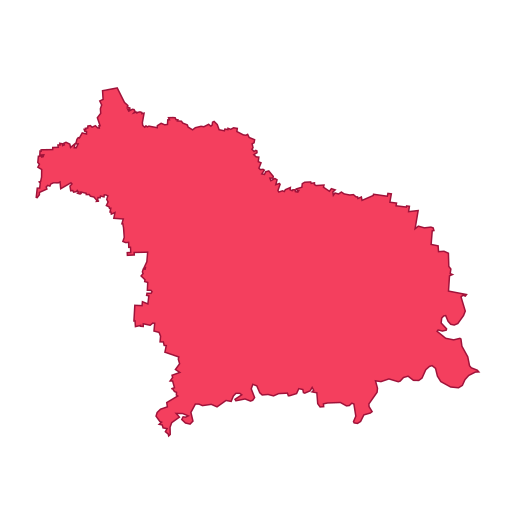 Santiago Tuxtla, Veracruz, Mexico (Robinson projection), rotated 267°
{"feature_id": "50627088B55545748869449", "entity_name": "Santiago Tuxtla", "entity_type": "district", "adm_level": 2, "iso_a3": "MEX", "parent_name": "Mexico", "parent_adm1": "Veracruz", "projection": "robinson", "projection_center": [-95.381, 18.405], "detail": "fine", "context": "isolated", "style": "filled", "palette": "rose", "viewbox_px": 512, "rotation_deg": 267, "n_neighbors": 0, "source": "geoboundaries", "source_scale": "gbopen_adm2", "svg_char_len": 6022}
<svg xmlns="http://www.w3.org/2000/svg" viewBox="0 0 512 512"><g transform="rotate(267 256 256)"><path d="M127.8,164.4L128.0,165.6L124.9,167.5L124.0,169.5L121.3,169.2L120.3,170.5L114.3,159.2L110.0,159.6L108.0,152.6L104.9,149.1L101.3,147.8L95.8,151.3L95.0,153.0L93.0,150.5L92.2,153.5L89.2,154.2L88.3,158.2L85.3,156.3L82.8,159.0L80.9,159.4L82.3,161.0L89.5,161.2L94.0,163.1L99.1,171.1L103.0,168.0L102.5,174.6L99.9,180.0L98.7,177.1L99.2,174.8L96.6,173.3L92.9,176.8L91.6,181.4L94.4,184.4L103.2,182.8L111.3,187.7L111.1,191.3L109.4,194.7L110.2,203.6L107.4,209.2L113.3,218.5L112.1,223.6L117.4,226.1L119.9,228.7L119.7,232.7L118.1,234.5L114.0,227.5L112.5,228.3L113.8,237.6L111.4,242.9L112.1,245.2L114.7,247.2L123.6,244.3L128.0,246.1L126.3,250.0L119.2,252.6L116.9,254.9L117.1,260.8L115.4,266.2L117.4,271.4L117.4,280.2L114.7,281.0L114.7,282.2L116.5,289.3L121.3,291.8L120.2,295.8L117.1,296.2L116.5,297.5L118.5,303.0L121.8,305.2L118.9,306.6L117.4,304.9L116.2,309.6L105.3,309.9L101.9,312.1L102.0,315.7L104.8,315.6L105.5,319.7L105.3,332.6L101.6,338.5L101.8,341.4L104.0,344.0L103.1,346.0L90.8,347.3L85.5,344.7L84.2,345.3L83.5,348.6L85.3,351.8L91.7,355.4L93.2,361.9L94.5,363.8L99.7,361.0L102.4,361.0L113.6,369.8L117.5,370.4L125.1,368.8L124.0,374.2L126.3,382.3L123.0,391.5L123.5,393.4L127.0,397.0L128.0,401.6L123.6,406.7L123.2,412.0L125.4,415.4L133.6,419.6L136.7,423.5L137.3,426.1L134.4,429.4L126.5,430.9L120.9,434.0L115.0,443.5L113.8,451.3L116.0,455.3L121.6,458.2L125.6,462.2L128.6,469.0L128.6,472.4L130.4,471.0L133.1,465.1L135.2,463.5L144.2,462.2L155.1,456.9L162.4,456.3L163.1,455.3L161.9,449.0L163.9,441.1L171.3,432.9L172.6,434.0L171.3,438.2L172.0,442.1L173.3,442.5L179.4,437.4L184.3,438.2L186.3,440.3L186.6,442.3L180.7,444.4L177.6,446.9L176.7,450.3L178.0,454.0L185.6,460.1L190.0,462.1L204.4,458.6L206.0,460.6L205.0,462.9L206.5,464.2L210.9,446.4L226.1,448.2L227.2,451.2L228.3,449.0L232.8,449.9L235.5,448.0L248.7,448.3L250.9,444.0L250.8,438.5L256.6,438.4L258.4,431.5L271.9,433.3L272.1,435.0L274.8,434.4L275.7,432.2L275.3,425.6L277.3,419.7L274.9,416.3L292.9,420.3L292.3,410.7L297.6,411.8L298.1,409.0L297.0,408.7L298.8,398.5L301.5,399.1L302.7,392.5L311.0,394.4L311.6,391.0L308.8,390.3L311.5,376.6L310.3,376.3L306.0,364.8L309.4,364.3L308.1,360.8L309.7,360.5L309.8,359.0L312.2,356.5L312.0,352.8L313.4,347.3L315.4,344.6L313.6,341.7L314.8,338.2L312.6,336.4L315.9,336.1L317.9,338.5L319.3,334.8L316.8,332.7L321.1,327.0L323.3,327.6L323.2,319.6L324.3,318.1L326.0,318.2L325.6,314.9L327.1,314.5L327.1,308.5L325.8,306.0L322.3,305.4L320.9,299.8L319.2,300.7L319.1,302.1L317.6,301.1L318.2,298.7L320.0,298.6L320.2,296.3L319.3,295.5L320.4,293.5L322.6,293.9L320.7,288.8L318.9,287.6L319.7,285.9L318.7,282.1L320.2,281.3L326.3,283.8L327.2,283.2L326.2,279.5L331.0,281.0L332.4,278.9L330.4,274.8L333.0,273.9L332.9,277.0L334.6,277.4L340.3,273.2L339.6,270.1L337.0,268.7L337.7,266.1L341.3,268.8L342.2,267.5L342.0,264.9L343.6,263.5L348.8,265.9L350.1,263.2L354.6,264.0L355.0,261.3L357.3,259.1L359.1,262.4L360.9,262.4L361.5,261.3L360.5,259.5L362.8,257.5L364.3,258.7L368.2,258.0L369.2,260.0L372.2,260.7L374.7,255.4L377.9,254.0L377.1,252.3L377.6,249.7L381.3,243.4L384.4,244.0L385.2,240.3L383.8,237.4L385.0,234.7L383.7,234.5L384.4,231.6L382.7,231.0L384.0,225.8L389.3,224.2L392.6,221.2L391.9,219.6L389.1,219.1L388.0,217.7L390.0,215.6L387.8,210.7L388.4,207.9L387.3,202.1L385.3,199.3L388.3,194.9L390.5,194.3L392.6,189.8L394.5,188.6L395.0,184.6L396.1,185.1L396.4,183.2L398.3,182.5L398.6,180.4L398.7,175.9L396.6,176.7L396.6,175.0L392.0,174.5L391.8,171.7L393.5,168.2L391.3,164.3L389.3,164.1L391.3,155.8L390.6,154.2L391.7,152.9L390.4,151.6L392.3,149.7L395.1,149.5L404.5,151.7L404.1,149.5L405.3,149.5L406.0,147.7L405.5,144.6L404.5,144.7L406.0,143.9L405.3,141.5L406.7,142.8L408.6,141.9L409.0,140.3L407.3,136.5L409.3,135.6L408.6,137.6L410.4,137.8L411.5,135.2L413.0,135.9L416.2,132.7L431.1,126.2L429.1,111.4L420.4,111.5L419.0,108.1L414.9,109.8L411.2,108.3L406.6,108.4L402.4,104.8L394.3,107.1L394.3,106.0L392.0,106.2L392.3,104.5L394.5,102.4L393.2,99.1L394.9,97.4L394.6,94.9L392.7,94.7L392.4,92.3L391.2,92.6L391.4,91.0L389.5,91.6L389.0,93.3L386.7,93.1L388.0,88.9L383.1,85.8L383.5,84.7L381.9,83.3L377.4,81.9L377.3,84.2L373.5,82.2L373.6,80.2L377.6,81.1L374.1,76.5L377.5,75.9L379.5,72.2L378.6,70.0L377.0,70.4L376.4,68.7L378.2,68.6L378.8,66.0L377.2,66.2L377.2,64.0L374.9,64.2L375.0,58.7L372.9,58.5L373.3,47.0L371.9,46.9L372.1,45.8L368.1,45.4L368.2,49.4L366.3,48.6L366.1,47.3L367.2,47.4L367.0,43.9L360.8,43.0L359.0,44.5L356.1,42.8L353.6,46.5L346.0,46.0L341.7,44.8L341.3,43.4L340.1,44.4L335.1,43.5L335.2,41.1L326.1,39.6L325.7,40.5L328.5,42.9L330.8,43.0L333.8,50.7L335.9,50.1L337.4,51.7L336.6,53.8L338.7,54.9L339.7,57.6L339.4,62.5L340.2,64.2L333.4,64.5L338.8,75.0L337.6,76.0L335.5,73.9L330.8,74.4L331.0,76.4L329.3,77.2L329.7,80.2L330.8,80.9L329.0,82.1L328.0,81.1L327.1,83.6L327.6,84.6L329.0,83.9L329.0,84.8L327.5,89.7L326.2,89.7L326.1,92.8L324.4,93.7L323.4,97.2L319.8,100.0L318.9,99.5L319.0,102.1L319.5,100.7L322.6,101.3L322.3,103.4L324.0,103.8L323.0,107.3L325.0,107.7L324.8,109.4L323.8,111.2L320.3,109.9L317.7,111.1L314.2,109.2L312.8,111.8L311.3,112.2L311.3,113.5L307.6,112.5L307.4,113.5L305.4,113.7L306.8,117.4L301.1,116.0L299.9,125.4L295.3,123.8L295.4,124.6L291.2,125.2L281.4,125.4L277.5,123.8L276.2,126.6L276.3,129.5L271.3,129.4L271.3,131.1L266.1,131.1L266.1,127.6L263.4,127.6L263.4,134.5L265.9,134.5L265.5,148.0L256.0,146.7L250.2,143.6L250.2,145.0L248.6,144.6L248.8,142.7L246.1,141.7L244.3,142.3L242.1,140.2L238.1,143.9L236.3,143.5L235.3,146.5L227.5,145.7L227.2,149.3L225.8,150.3L224.2,149.2L224.5,145.2L222.4,144.7L221.8,146.9L213.8,145.5L216.3,140.2L212.4,139.6L213.1,132.4L197.5,130.7L197.5,131.8L191.8,131.9L192.7,137.0L191.9,136.9L191.5,139.7L194.2,139.9L192.4,146.7L194.4,149.4L194.1,151.3L186.4,150.2L184.8,155.2L180.9,156.5L175.3,155.7L175.0,159.0L171.5,159.6L171.2,161.7L164.7,160.0L159.2,173.6L157.0,173.0L152.4,174.1L146.9,169.6L143.7,173.8L141.3,165.9L139.0,166.4L135.7,163.7L135.5,166.2L128.7,167.7L127.8,164.4Z" fill="#f43f5e" stroke="#9f1239" stroke-width="1.5"/></g></svg>